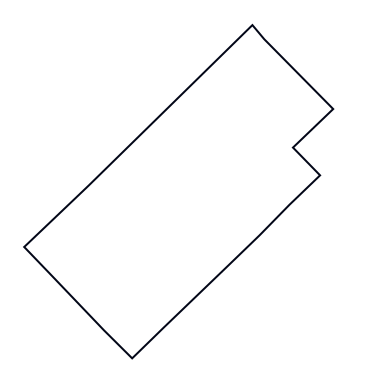 the district of Taylor, Wisconsin, United States of America, rotated 316°
{"feature_id": "52423323B25022971195144", "entity_name": "Taylor", "entity_type": "district", "adm_level": 2, "iso_a3": "USA", "parent_name": "United States of America", "parent_adm1": "Wisconsin", "projection": "robinson", "projection_center": [-90.47, 45.206], "detail": "fine", "context": "isolated", "style": "outline", "palette": "ink", "viewbox_px": 384, "rotation_deg": 316, "n_neighbors": 0, "source": "geoboundaries", "source_scale": "gbopen_adm2", "svg_char_len": 341}
<svg xmlns="http://www.w3.org/2000/svg" viewBox="0 0 384 384"><g transform="rotate(316 192 192)"><path d="M351.2,230.4L350.1,132.4L351.4,113.9L121.9,115.6L33.1,115.0L33.0,153.9L32.6,230.5L33.4,270.1L78.0,269.9L165.8,270.1L210.4,270.1L253.2,268.9L295.7,269.0L295.5,230.2L351.2,230.4Z" fill="none" stroke="#020617" stroke-width="2"/></g></svg>